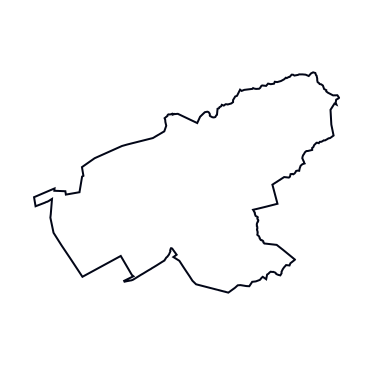 the district of Villaldama, Nuevo León, Mexico, rotated 263°
{"feature_id": "50627088B63922247713166", "entity_name": "Villaldama", "entity_type": "district", "adm_level": 2, "iso_a3": "MEX", "parent_name": "Mexico", "parent_adm1": "Nuevo León", "projection": "robinson", "projection_center": [-100.368, 26.476], "detail": "fine", "context": "isolated", "style": "outline", "palette": "ink", "viewbox_px": 384, "rotation_deg": 263, "n_neighbors": 0, "source": "geoboundaries", "source_scale": "gbopen_adm2", "svg_char_len": 5385}
<svg xmlns="http://www.w3.org/2000/svg" viewBox="0 0 384 384"><g transform="rotate(263 192 192)"><path d="M121.2,72.9L137.2,113.5L117.0,122.2L115.5,123.6L112.1,113.8L111.2,114.1L111.4,116.2L111.4,116.3L111.5,117.7L111.5,117.8L111.7,120.4L111.7,121.0L111.9,122.0L112.2,123.0L116.5,132.3L116.5,132.5L116.7,132.9L119.2,138.4L120.7,141.9L120.9,142.4L121.1,142.6L122.0,144.7L123.4,147.8L126.2,153.7L127.4,156.4L127.7,156.6L128.1,156.7L128.9,157.6L130.0,158.4L130.8,159.7L131.3,160.1L132.7,161.5L135.9,163.4L136.6,163.2L138.2,163.9L138.8,164.4L138.4,165.3L137.7,165.8L137.2,166.0L133.3,168.2L133.2,168.2L131.6,169.1L129.7,165.6L125.4,170.9L125.3,171.0L124.6,171.4L122.1,172.6L118.4,174.4L114.2,176.5L108.7,179.3L103.9,181.6L99.9,184.8L87.7,215.8L91.7,223.0L93.8,226.0L93.7,228.7L92.0,234.5L91.5,237.4L95.5,240.8L95.5,244.5L96.5,248.7L98.4,250.7L98.5,250.8L99.2,251.9L96.4,255.0L100.9,256.5L101.5,257.8L102.4,258.9L102.9,259.6L103.3,260.4L102.9,261.7L102.8,263.0L101.7,265.0L100.3,265.7L99.2,267.6L98.5,269.5L100.4,271.0L101.8,271.1L104.2,272.6L105.9,274.1L107.2,275.6L108.0,276.5L107.2,279.8L109.3,281.0L112.1,285.7L112.4,285.9L123.6,275.2L129.2,269.6L131.9,258.3L131.9,258.0L132.1,257.5L132.7,257.1L132.8,257.1L133.0,257.0L133.1,256.8L133.2,256.7L133.3,256.7L133.6,256.7L133.8,256.8L134.0,256.8L134.2,256.7L134.3,256.7L134.5,256.7L134.9,256.4L135.0,256.3L135.0,256.2L135.2,255.8L135.3,255.8L135.4,255.7L135.6,255.6L135.7,255.4L135.8,255.2L135.8,254.7L136.0,254.4L136.3,254.3L136.4,254.2L136.5,254.1L136.9,254.0L137.1,253.9L137.5,253.6L137.8,253.5L138.2,253.6L138.4,253.6L138.9,253.4L140.0,253.0L140.4,252.7L141.2,251.8L141.6,251.6L143.0,252.1L143.8,252.1L144.0,252.3L144.3,252.3L145.0,252.2L145.6,252.0L145.9,252.1L146.0,252.1L146.4,252.0L146.6,251.9L146.9,252.0L147.1,252.0L147.3,252.2L147.6,252.4L147.8,252.4L148.0,252.4L148.3,252.3L149.1,252.6L149.3,252.6L149.6,252.5L149.9,252.4L150.1,252.3L150.2,252.2L150.3,252.2L150.5,252.3L150.8,252.3L151.0,252.4L151.3,252.3L151.5,252.3L151.8,252.4L152.1,252.4L152.4,252.5L152.8,252.6L153.0,252.7L153.5,253.0L153.8,253.2L154.0,253.5L154.4,253.7L154.5,253.7L154.5,253.8L154.8,254.0L155.2,254.1L155.4,254.1L155.7,254.1L155.9,254.2L155.9,254.3L156.0,254.3L156.1,254.2L156.4,254.2L156.5,254.2L157.0,253.9L157.4,253.7L157.5,253.6L158.1,253.8L158.3,253.9L158.5,254.0L158.8,254.2L159.0,254.2L159.4,253.8L159.6,253.6L159.8,253.2L160.1,252.8L160.4,252.4L160.6,252.2L160.8,252.1L161.1,252.1L161.4,252.0L161.5,252.0L161.9,251.9L162.3,251.8L162.6,251.7L162.8,251.7L163.1,251.7L163.2,251.8L163.3,251.9L163.5,251.9L163.9,251.8L164.3,251.7L164.6,251.5L164.9,251.2L165.0,251.1L165.9,251.0L166.1,250.9L166.3,250.9L166.4,250.7L166.5,250.7L166.9,250.5L167.2,253.4L168.3,262.9L169.9,275.4L189.5,272.7L195.6,285.3L194.5,289.9L195.3,291.1L197.7,292.0L197.7,293.8L197.2,294.6L197.8,295.9L198.8,297.0L199.5,297.4L200.1,297.8L200.4,299.1L200.0,301.0L202.2,301.7L203.4,302.3L204.6,302.9L204.9,303.1L205.2,303.6L205.8,304.4L206.0,304.7L206.3,305.6L206.6,307.2L207.5,306.8L207.9,306.8L208.2,306.8L208.7,306.6L209.5,306.4L210.3,306.1L210.6,306.0L210.9,306.0L211.9,305.6L212.1,305.6L212.5,305.7L213.4,306.0L214.1,306.3L214.3,306.4L215.0,306.8L216.2,307.9L217.2,308.6L217.7,309.0L218.7,310.5L218.6,312.1L219.1,316.4L220.7,316.6L221.0,316.6L221.8,317.9L222.8,318.5L223.6,318.9L225.7,321.6L225.5,322.7L225.0,323.8L226.2,324.9L226.1,326.6L226.7,328.1L227.2,329.0L227.0,330.2L227.8,332.3L228.6,334.0L228.7,335.6L230.8,339.4L241.9,338.5L256.7,339.5L262.4,344.2L261.2,346.0L263.2,345.5L266.1,346.4L266.9,348.5L267.4,349.3L267.7,349.4L270.3,348.1L270.7,343.8L274.0,339.0L275.5,337.5L276.7,337.7L278.1,335.7L281.7,334.9L283.1,333.4L283.6,331.8L284.4,331.5L285.7,330.1L287.5,329.9L289.4,330.1L292.4,329.8L293.0,329.3L295.1,328.9L296.0,326.8L295.2,324.6L292.9,322.0L294.6,319.1L295.2,316.3L295.7,312.7L295.3,311.4L295.1,307.8L296.1,306.6L296.3,305.2L294.3,302.9L294.4,302.2L293.5,299.9L294.0,299.1L292.6,297.1L291.3,293.8L290.7,290.0L291.3,287.6L289.5,286.6L289.4,283.3L290.0,281.7L290.3,280.7L288.3,278.5L289.2,274.6L288.7,273.6L287.1,272.4L286.3,271.2L286.5,268.1L287.2,266.0L287.7,265.3L287.0,264.4L287.0,258.5L287.0,256.3L286.3,253.6L287.7,252.2L282.0,248.4L281.5,246.5L279.8,245.2L278.3,244.0L276.2,243.7L275.1,241.8L274.5,238.1L274.8,237.5L275.0,236.0L273.9,234.1L274.9,232.2L273.6,231.4L273.2,230.6L272.8,229.6L271.8,228.9L271.5,227.5L265.6,226.2L265.2,225.5L264.7,225.1L263.6,224.3L263.4,223.5L263.4,222.4L263.8,221.1L264.4,220.5L264.8,219.7L265.1,219.3L265.6,219.0L266.0,219.0L266.5,219.1L267.1,219.2L268.2,218.8L269.2,218.2L269.6,217.6L269.8,217.1L269.8,216.2L269.6,214.4L265.7,209.2L259.8,205.6L271.3,187.5L271.3,187.4L271.4,185.7L271.4,185.0L271.5,184.2L271.4,183.7L271.5,183.8L271.7,183.7L271.7,182.5L272.1,182.2L272.0,181.5L271.7,180.4L271.7,179.2L271.9,178.0L271.3,177.2L271.0,177.0L270.7,176.8L270.4,176.8L269.6,175.4L269.5,175.2L269.3,174.9L269.0,174.5L268.6,173.8L266.9,174.2L264.8,174.1L260.9,174.5L255.6,171.9L250.3,159.7L247.6,138.0L247.0,133.3L246.2,128.1L237.4,99.5L230.1,85.8L221.3,86.2L220.7,84.8L205.5,80.3L204.8,66.5L208.2,66.4L210.0,55.5L212.3,56.0L206.1,34.6L203.6,34.7L196.9,35.0L199.2,44.2L199.4,44.9L199.6,45.5L199.8,46.0L199.9,46.3L199.9,46.6L199.9,47.0L200.0,47.2L200.3,48.1L200.4,48.4L200.6,48.8L201.0,49.6L201.2,50.0L202.2,52.2L187.1,49.1L183.8,48.3L168.4,49.6L154.5,56.2L141.3,62.9L121.2,72.9Z" fill="none" stroke="#020617" stroke-width="2"/></g></svg>